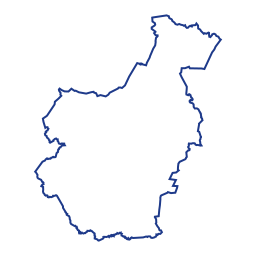 Rundēnu pag., Ludzas, Latvia (Mercator projection)
{"feature_id": "27541924B20258321075970", "entity_name": "Rundēnu pag.", "entity_type": "district", "adm_level": 2, "iso_a3": "LVA", "parent_name": "Latvia", "parent_adm1": "Ludzas", "projection": "mercator", "projection_center": [27.772, 56.271], "detail": "fine", "context": "isolated", "style": "outline", "palette": "blue", "viewbox_px": 256, "rotation_deg": 0, "n_neighbors": 0, "source": "geoboundaries", "source_scale": "gbopen_adm2", "svg_char_len": 5773}
<svg xmlns="http://www.w3.org/2000/svg" viewBox="0 0 256 256"><path d="M199.2,131.8L197.9,131.2L199.1,124.3L199.0,123.7L202.5,120.2L202.1,119.3L202.1,118.6L201.6,118.1L201.4,117.1L201.1,117.1L201.1,115.7L200.8,114.8L201.0,114.1L200.7,113.7L200.6,113.2L200.3,113.1L200.0,112.1L199.7,111.9L198.4,109.3L196.9,108.4L194.8,108.5L193.7,106.9L193.6,104.4L192.5,103.2L190.3,102.6L189.7,101.8L189.9,101.5L189.9,101.1L189.7,100.8L189.9,100.5L190.6,100.4L190.7,99.9L192.1,100.3L192.5,99.9L192.7,99.2L191.7,97.7L191.0,97.1L190.5,95.1L189.4,94.2L188.9,94.3L188.6,95.2L188.1,95.2L186.4,94.5L186.3,93.3L186.7,89.2L186.8,86.7L181.6,77.1L180.0,73.6L181.2,72.3L181.7,68.2L185.0,68.2L189.0,66.7L189.8,68.3L201.5,68.5L204.4,69.0L212.1,52.4L214.3,49.5L215.6,46.6L220.8,39.6L219.5,38.7L218.4,36.7L216.3,35.9L215.5,34.4L214.0,33.7L212.3,34.3L211.9,35.4L211.5,35.6L210.4,37.1L209.4,36.7L209.5,36.5L209.1,35.6L209.0,32.8L208.8,32.7L208.4,32.6L206.5,33.7L204.5,33.2L203.8,33.8L201.0,31.0L200.2,29.6L198.2,28.5L198.0,25.5L196.4,23.5L195.5,25.1L192.0,25.4L191.9,26.5L191.2,26.4L190.6,25.8L190.2,25.8L188.8,26.7L188.0,27.7L186.9,27.9L185.7,26.8L185.1,25.2L183.9,25.8L183.0,25.2L180.8,24.7L179.2,24.0L177.4,24.7L175.5,24.1L174.6,22.7L172.2,20.8L172.0,19.8L171.5,19.2L169.4,18.2L169.2,17.5L168.9,17.1L168.9,16.3L166.6,15.4L152.6,17.5L152.2,17.6L152.5,21.5L154.9,23.2L155.2,24.7L154.5,25.6L151.7,27.4L151.7,28.9L155.4,31.6L155.5,31.8L154.1,33.1L155.6,35.2L157.6,35.4L157.6,36.2L156.0,37.9L155.5,41.2L155.7,41.8L155.2,45.4L153.2,48.7L150.0,56.3L149.7,57.5L146.9,62.7L146.1,65.3L142.6,64.4L142.4,64.0L141.5,63.5L140.9,63.5L141.1,64.2L140.9,64.5L140.3,64.5L139.2,63.7L137.2,63.1L129.2,76.5L125.0,85.4L122.0,88.0L120.4,87.5L118.6,87.6L118.0,88.5L109.7,92.7L108.3,94.7L105.7,96.4L100.5,95.1L97.4,96.1L96.1,93.2L94.2,92.7L93.6,91.8L91.2,92.2L86.2,93.6L78.9,92.3L75.7,90.7L74.6,90.9L71.4,88.7L68.5,91.5L64.6,91.4L61.7,90.1L59.6,88.6L58.9,89.5L59.1,90.7L60.6,93.0L60.4,94.7L61.3,95.8L58.4,98.7L54.9,101.7L54.6,104.4L47.3,115.3L46.7,116.0L42.9,118.6L43.5,121.9L45.3,127.8L45.9,127.3L47.5,127.2L47.9,128.5L48.4,128.8L47.5,130.5L46.7,130.7L45.7,131.9L46.1,132.3L44.9,133.8L45.3,135.3L46.7,136.1L46.8,137.1L47.1,137.7L48.4,138.6L49.0,140.1L49.6,140.3L49.7,140.6L49.5,142.1L50.1,142.7L53.4,140.9L53.3,140.3L54.9,138.9L56.1,138.5L56.9,139.4L57.7,139.4L57.7,141.1L58.2,141.4L58.9,143.5L60.4,144.0L61.5,143.5L64.2,143.6L64.3,144.5L64.8,145.3L62.1,145.5L61.0,146.6L60.5,147.4L59.9,147.3L59.4,147.8L59.0,148.4L59.0,148.9L58.7,148.9L58.1,149.8L58.2,150.8L57.8,151.3L57.9,152.1L56.6,153.1L55.7,156.8L55.4,157.1L53.8,157.3L53.5,156.9L53.0,156.9L51.6,157.8L51.1,157.8L50.7,158.5L50.1,158.8L49.5,158.6L48.2,159.0L47.7,158.6L47.4,158.9L46.8,158.5L45.6,159.5L45.0,160.5L42.5,161.7L35.2,171.7L35.9,172.3L37.5,174.9L37.3,176.8L37.6,177.8L38.3,178.5L41.1,179.8L42.3,182.0L43.1,182.2L43.5,182.8L43.3,183.4L43.5,184.2L42.5,184.5L42.2,185.2L41.7,185.3L41.3,186.2L43.1,186.9L43.2,189.9L43.0,191.3L43.3,192.8L44.7,194.4L44.8,195.0L45.8,195.7L46.8,195.3L47.4,195.5L47.6,195.8L47.8,197.1L48.9,197.4L49.9,196.8L51.1,197.2L52.8,196.6L53.1,196.4L53.1,195.8L54.8,195.8L56.0,195.2L56.9,195.7L63.0,206.3L63.0,207.8L65.2,211.4L65.3,212.0L66.1,212.5L66.3,213.6L67.1,213.9L66.8,214.4L66.8,214.9L69.1,216.2L69.6,217.4L69.8,219.3L70.4,220.5L70.4,222.7L71.1,224.0L74.4,225.9L75.0,226.2L75.5,225.9L76.4,227.3L76.8,227.1L77.0,227.9L76.8,228.2L77.1,228.3L77.1,229.0L77.7,229.5L77.8,230.1L78.7,230.5L78.9,231.1L79.2,231.0L79.3,231.5L79.0,231.7L79.0,232.9L79.2,233.3L79.6,233.1L79.8,233.4L80.1,233.4L80.6,232.6L80.8,232.9L81.0,232.6L81.3,232.9L81.7,232.8L81.7,233.2L82.1,233.0L83.5,233.5L84.6,233.0L85.3,233.1L86.1,232.2L87.1,231.7L87.4,230.8L89.7,231.0L90.0,230.5L90.5,230.3L91.4,231.0L92.2,231.3L92.5,231.8L94.5,233.4L94.4,233.9L94.7,234.1L94.5,235.7L95.1,236.1L95.2,236.9L94.7,237.7L94.7,238.5L97.5,239.5L98.0,240.3L98.8,240.6L102.9,238.7L103.7,237.7L103.5,237.3L103.8,237.3L104.0,236.8L106.7,237.0L108.2,236.2L109.1,237.1L109.3,236.8L109.3,236.2L109.9,236.5L110.3,236.3L110.2,236.1L110.3,235.9L110.7,236.1L110.8,235.6L111.1,235.7L111.2,235.2L111.6,235.0L112.3,235.7L112.8,235.4L112.7,236.0L113.3,235.8L113.6,236.0L113.6,235.6L114.1,235.7L114.5,235.3L114.5,235.0L114.1,234.8L114.7,234.7L115.7,234.1L116.6,234.1L116.9,233.5L117.3,233.4L117.4,233.1L118.4,233.7L119.0,233.4L119.6,232.8L120.0,233.0L120.7,232.7L120.7,233.4L121.7,233.7L121.5,234.0L121.6,234.9L121.5,235.3L121.5,235.5L122.6,235.9L122.9,236.3L123.7,236.3L123.9,236.8L124.5,237.1L125.0,236.7L125.2,236.9L125.0,237.1L125.0,237.6L125.7,237.5L125.9,237.7L125.9,238.0L126.4,238.1L126.3,238.5L126.8,239.0L127.4,239.2L128.1,238.5L128.2,239.2L128.9,239.1L129.2,239.6L129.9,239.3L130.7,238.5L130.6,238.1L131.7,237.4L132.9,238.0L143.2,237.4L146.2,236.5L147.4,237.0L148.0,236.4L150.1,236.4L151.2,237.8L152.6,237.9L154.6,237.3L155.7,236.4L155.9,236.5L156.5,235.6L156.4,234.6L156.8,234.7L157.1,234.4L157.7,234.8L158.5,233.9L160.3,233.9L161.9,232.2L161.0,230.4L159.8,230.4L159.4,230.0L158.8,228.0L157.5,226.4L155.8,223.5L156.3,222.7L156.1,219.2L154.8,217.0L154.9,216.7L158.7,216.2L159.3,209.6L159.9,205.3L160.4,199.1L160.3,197.8L160.8,195.9L161.3,195.4L167.5,192.7L167.9,192.1L171.0,193.1L175.3,192.7L177.1,187.7L177.4,186.1L173.0,185.9L175.9,180.0L169.6,179.1L172.6,172.9L176.1,172.5L178.7,170.4L177.9,169.7L178.0,167.0L178.4,163.6L179.7,161.8L185.3,159.2L185.9,158.4L186.1,157.6L186.8,156.9L186.3,152.3L188.2,150.4L189.4,150.2L189.7,149.0L188.7,148.1L188.1,147.0L188.8,146.0L188.9,144.8L188.7,144.3L188.9,143.5L191.5,143.7L192.2,143.3L194.0,143.2L194.8,143.4L195.5,144.6L196.4,145.1L197.2,144.9L199.5,145.3L200.2,145.6L201.4,145.5L200.3,143.8L200.2,141.9L199.8,140.7L199.9,139.9L200.4,139.2L200.5,137.9L201.0,137.3L201.0,136.7L200.6,136.2L199.2,131.8Z" fill="none" stroke="#1e3a8a" stroke-width="2"/></svg>